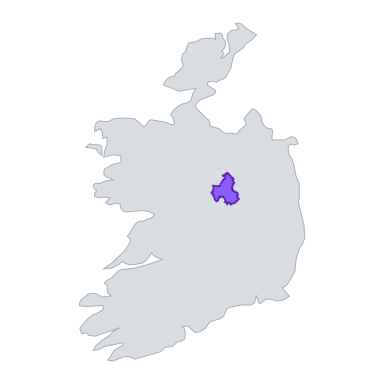 Moate Lea-4, Westmeath, Ireland (highlighted)
{"feature_id": "5873133B47178775343132", "entity_name": "Moate Lea-4", "entity_type": "district", "adm_level": 2, "iso_a3": "IRL", "parent_name": "Ireland", "parent_adm1": "Westmeath", "projection": "mercator", "projection_center": [-7.571, 53.503], "detail": "fine", "context": "in_parent", "style": "filled", "palette": "violet", "viewbox_px": 384, "rotation_deg": 0, "n_neighbors": 0, "source": "geoboundaries", "source_scale": "gbopen_adm2", "svg_char_len": 8304}
<svg xmlns="http://www.w3.org/2000/svg" viewBox="0 0 384 384"><path d="M243.2,47.9L235.0,53.7L233.7,55.9L231.4,64.7L231.2,67.2L226.0,77.0L223.1,79.0L218.8,80.6L216.4,82.2L213.3,81.4L209.4,81.5L207.4,83.2L207.5,84.6L208.7,86.1L215.9,90.6L215.5,92.5L213.5,94.6L200.5,99.8L196.6,103.0L195.3,105.1L196.7,108.6L207.0,119.0L208.8,120.1L210.3,126.2L219.4,128.7L223.1,132.5L226.3,133.4L233.3,133.1L236.1,134.5L237.7,133.4L238.6,131.4L246.5,124.1L244.0,118.5L251.9,109.1L254.1,109.2L257.8,112.1L260.8,116.1L261.8,121.5L264.7,126.3L266.6,127.9L271.6,128.9L272.7,130.8L271.8,137.7L272.6,140.0L285.4,139.9L290.5,136.8L294.9,137.4L297.1,140.5L298.1,143.7L294.3,144.9L290.3,144.2L288.3,146.3L288.2,150.3L289.6,155.5L292.2,159.2L294.3,167.5L296.1,176.6L298.9,182.2L299.4,189.0L299.0,192.4L299.5,198.4L298.3,200.5L299.2,206.1L303.9,224.3L304.8,238.4L302.5,243.6L299.4,248.6L297.4,254.5L295.9,260.9L295.0,271.1L288.3,283.1L285.5,286.1L282.2,287.9L289.4,296.3L283.5,300.0L277.2,301.1L270.1,299.1L265.7,299.3L260.2,303.6L258.9,302.8L256.3,296.0L254.3,303.1L250.3,305.3L243.3,304.8L231.7,306.7L227.2,308.7L225.4,311.8L224.0,315.5L222.2,317.6L220.1,318.7L211.2,321.4L209.4,322.5L205.3,328.3L199.8,331.6L195.3,332.7L191.3,329.3L189.6,327.2L187.8,326.2L181.6,326.4L183.6,327.4L184.8,329.8L185.4,334.4L184.7,338.9L181.7,341.1L178.1,341.5L172.4,346.2L164.8,347.5L160.7,351.7L135.8,358.9L134.4,359.0L130.9,357.2L127.2,356.4L123.4,356.9L113.0,361.0L107.9,360.2L114.4,350.2L123.1,345.1L124.0,343.7L121.1,343.0L104.6,346.5L98.9,349.5L93.2,350.4L95.8,345.8L103.2,339.6L109.6,335.4L112.4,331.8L120.1,327.6L95.0,336.2L88.5,335.2L86.9,332.7L81.8,333.9L79.8,328.0L87.4,319.2L91.9,315.3L97.1,313.3L102.2,310.3L104.1,306.7L101.7,305.5L86.5,306.5L79.2,305.7L79.6,302.8L81.0,299.6L88.5,294.1L92.6,293.3L96.2,293.8L102.6,297.0L111.2,296.0L107.6,292.5L107.0,285.4L104.3,283.0L107.8,279.7L111.8,277.7L118.4,270.8L120.8,269.8L134.0,268.1L148.2,264.5L162.3,259.5L155.1,256.7L151.6,253.1L146.0,260.5L142.0,263.3L130.7,264.9L127.1,264.0L122.1,261.7L120.5,262.6L119.1,264.4L111.6,268.0L103.7,268.9L112.9,262.2L124.5,250.9L127.1,247.3L130.7,241.0L129.6,238.2L127.2,236.6L135.6,223.7L138.6,221.4L144.0,221.0L147.9,218.9L149.7,218.9L151.2,218.2L154.7,214.3L149.4,211.8L143.8,210.5L126.8,211.9L124.5,211.6L122.4,210.4L121.0,208.7L120.0,204.2L118.7,203.3L114.9,203.3L111.1,204.6L108.4,204.5L105.8,202.5L110.0,198.0L104.6,197.0L99.2,197.8L94.7,196.5L94.5,193.6L96.6,190.8L93.9,188.1L93.4,184.7L96.2,183.0L99.3,183.6L105.7,181.0L113.8,179.8L106.9,177.3L104.1,175.2L103.9,171.9L104.5,169.1L112.6,164.4L121.2,162.3L120.6,159.1L121.2,155.7L112.5,154.8L103.8,157.2L104.8,150.7L106.8,144.8L107.2,140.9L106.8,136.8L102.8,138.6L102.3,132.7L100.6,128.7L94.6,131.5L94.8,126.2L96.5,122.4L99.6,120.8L102.7,121.5L108.5,121.5L114.0,118.7L122.0,118.0L134.8,118.8L143.6,126.7L145.8,125.3L149.3,120.3L151.0,119.8L164.2,121.9L172.4,124.8L174.6,123.9L173.4,118.4L170.6,114.6L174.1,109.5L178.4,106.1L181.3,104.4L188.0,102.3L190.9,100.3L192.8,93.8L195.9,88.4L179.2,91.2L163.3,84.8L165.8,80.2L169.2,77.6L175.0,75.7L175.5,73.3L178.4,71.3L183.3,66.1L181.5,59.3L182.5,54.3L186.0,51.1L187.0,46.4L188.6,43.0L195.7,41.7L202.5,38.5L213.0,38.1L215.7,39.4L215.1,33.7L220.0,33.0L221.9,34.1L222.8,38.1L225.0,40.7L225.7,45.1L224.2,48.6L221.7,51.2L224.0,53.9L220.4,58.8L224.3,56.7L229.8,51.9L229.5,48.0L228.5,43.1L227.0,38.6L227.7,33.7L230.8,30.7L238.9,29.1L235.6,23.6L238.5,23.0L241.7,24.2L246.5,28.6L256.5,34.7L251.6,40.1L245.6,43.8L243.2,47.9ZM102.1,152.8L101.9,155.3L98.0,152.2L96.2,148.7L85.7,147.2L90.0,143.7L92.2,144.7L99.6,144.9L101.7,146.3L102.1,152.8Z" fill="#d9dde1" stroke="#a8b0b8" stroke-width="1"/><path d="M230.9,204.7L231.1,204.5L231.4,204.5L231.5,204.4L231.6,204.2L231.5,203.8L231.8,203.7L232.0,203.7L232.1,203.4L232.4,203.5L232.5,203.2L233.9,203.6L234.4,203.2L235.4,202.7L235.5,202.7L235.6,202.0L235.9,201.9L236.8,201.2L236.5,201.0L236.8,200.8L236.9,200.7L237.3,200.7L237.5,200.6L238.2,199.8L239.2,198.9L238.0,198.4L237.7,198.1L237.2,198.0L237.1,197.6L237.3,197.4L236.9,197.0L236.9,196.8L236.9,196.7L237.0,196.6L237.4,196.6L237.6,196.7L237.9,196.7L237.6,195.4L237.1,195.1L237.1,194.9L237.9,194.8L238.1,194.4L238.1,194.1L238.1,193.9L238.0,193.6L237.7,193.3L237.6,193.2L237.4,192.7L237.1,192.8L236.9,192.7L236.7,192.7L236.4,192.4L236.0,191.9L235.8,192.0L235.7,192.0L235.7,191.9L235.5,192.0L235.4,192.1L235.1,191.8L234.9,191.9L233.8,191.6L234.2,191.1L232.7,190.5L232.5,190.2L233.0,189.7L232.8,189.2L232.7,189.0L232.3,189.0L232.2,189.0L232.1,188.9L231.8,188.8L231.9,188.6L231.8,188.4L232.2,188.1L232.6,188.3L232.6,188.2L232.3,188.1L232.0,187.4L231.9,187.4L232.0,187.2L232.3,186.8L232.1,186.7L232.2,186.4L232.5,186.1L232.4,185.9L232.4,185.5L232.5,185.4L232.8,185.4L232.7,185.0L232.6,184.6L232.4,184.5L232.3,184.0L232.6,184.0L232.9,184.0L232.8,183.9L233.8,183.7L234.5,182.8L232.5,180.3L232.4,180.3L232.2,179.9L232.1,179.7L232.2,179.4L232.5,179.2L232.8,179.3L233.0,179.6L233.4,179.9L233.7,179.1L233.3,178.9L232.8,178.5L232.7,178.4L232.9,177.7L232.7,177.5L232.3,177.5L232.1,177.8L232.0,178.1L231.8,177.9L231.7,177.7L231.6,177.4L231.3,177.2L231.2,177.1L230.8,177.2L230.7,176.9L230.7,176.7L230.8,176.5L230.8,176.4L230.7,176.1L230.7,175.9L230.5,176.0L230.5,175.8L229.7,175.3L229.3,174.7L229.2,174.8L229.1,174.7L228.8,174.5L228.6,174.3L228.7,174.0L228.7,173.7L228.8,173.5L228.2,173.2L227.0,172.6L226.8,172.8L227.1,173.1L227.0,173.3L227.1,173.5L226.7,173.5L226.2,173.6L226.5,173.9L226.4,174.1L226.1,174.2L225.1,174.0L225.0,174.8L224.7,175.0L224.8,175.3L225.1,175.5L225.3,175.7L225.3,175.9L225.1,176.2L224.3,175.6L223.9,175.2L222.9,175.0L222.7,175.5L222.7,175.9L223.2,176.0L223.7,176.4L224.5,176.7L225.0,177.1L225.3,177.6L225.1,177.8L225.1,178.0L225.0,178.3L225.3,178.7L225.5,178.9L225.5,179.0L225.2,179.2L224.7,179.3L224.4,179.0L224.2,179.0L224.1,178.9L223.7,179.1L223.2,179.3L223.2,179.5L223.3,180.0L223.4,180.3L223.3,180.6L222.9,180.9L222.5,181.1L222.4,181.1L222.0,181.0L221.9,181.3L221.9,182.0L221.5,182.4L220.9,183.5L220.3,183.8L220.5,184.4L220.5,185.4L220.3,186.0L219.6,186.4L219.4,186.2L219.2,185.9L219.1,186.0L218.8,185.9L218.0,185.6L217.8,185.7L217.7,185.7L217.3,185.8L217.2,186.0L217.2,186.5L216.5,186.3L216.3,186.4L216.2,186.6L215.9,186.6L215.8,186.3L215.2,185.8L214.8,185.7L214.5,185.8L214.2,185.8L213.9,185.5L213.4,185.7L212.9,185.6L213.1,186.3L213.2,186.5L213.3,186.6L213.5,186.9L213.3,187.3L213.3,187.5L213.4,187.4L213.4,187.6L213.3,188.1L213.3,188.3L213.4,188.6L213.4,188.8L213.7,189.5L213.2,189.7L212.8,190.0L212.8,190.3L212.9,190.5L212.7,190.8L212.7,191.0L212.4,191.2L212.6,191.3L212.8,191.3L213.0,191.8L212.7,192.1L212.7,191.9L212.5,191.7L212.4,191.7L212.5,191.9L212.7,192.1L211.7,192.6L211.9,192.7L212.0,192.8L212.0,193.2L212.0,193.6L211.8,193.8L212.0,193.9L212.3,194.1L212.4,193.9L212.6,194.1L212.8,194.1L213.3,194.2L213.4,194.3L213.3,194.5L213.5,194.8L213.5,195.0L213.5,195.4L213.5,195.5L213.3,195.7L213.5,195.8L213.4,195.9L213.8,196.0L213.8,196.3L213.8,196.5L214.0,196.8L214.2,197.1L214.2,197.4L214.2,197.5L214.3,197.6L214.4,197.8L214.3,198.0L214.7,198.3L214.9,198.8L214.7,199.7L215.1,199.8L215.2,200.0L215.3,200.1L215.3,200.3L215.5,200.5L216.2,201.5L217.4,201.0L217.5,200.8L218.1,200.5L217.8,200.2L217.7,200.1L217.8,199.7L217.8,199.3L218.0,199.3L218.2,199.1L218.5,199.2L218.6,198.7L218.5,198.4L218.7,198.2L218.8,198.2L219.1,198.2L219.3,198.1L219.4,197.8L219.6,197.7L219.4,197.4L219.6,197.5L219.8,197.4L220.1,197.5L220.0,197.4L220.1,197.1L220.2,196.7L220.3,196.9L220.7,197.1L221.0,197.2L221.1,196.9L221.1,196.7L221.3,196.7L221.5,196.5L221.8,196.4L222.0,196.4L222.1,196.2L222.5,196.2L222.5,196.3L222.8,196.6L223.1,196.6L223.1,196.8L223.2,197.1L223.2,197.3L223.2,197.5L223.9,197.7L224.3,197.9L224.4,198.0L224.5,198.4L224.4,198.7L224.7,199.0L224.8,199.2L225.0,199.2L225.2,199.4L225.2,199.5L225.2,199.8L225.2,200.0L225.1,200.4L225.2,200.6L225.1,200.9L225.3,201.4L225.4,201.6L225.2,201.8L225.4,201.8L225.5,202.0L225.4,202.1L225.5,202.1L225.8,202.4L226.5,202.9L226.6,203.2L226.7,203.9L227.2,204.4L227.3,204.2L227.0,203.9L226.9,203.9L226.9,203.6L226.9,203.4L227.0,203.4L227.0,203.1L227.1,202.9L227.2,202.2L227.9,202.5L228.0,202.4L228.6,202.6L229.0,202.7L228.9,202.9L228.8,203.3L228.9,203.5L229.0,203.6L229.4,203.7L229.5,203.7L229.4,203.6L229.7,203.6L230.1,203.4L230.2,203.5L230.5,203.8L230.8,204.4L230.9,204.7Z" fill="#8b5cf6" stroke="#5b21b6" stroke-width="1.5"/></svg>